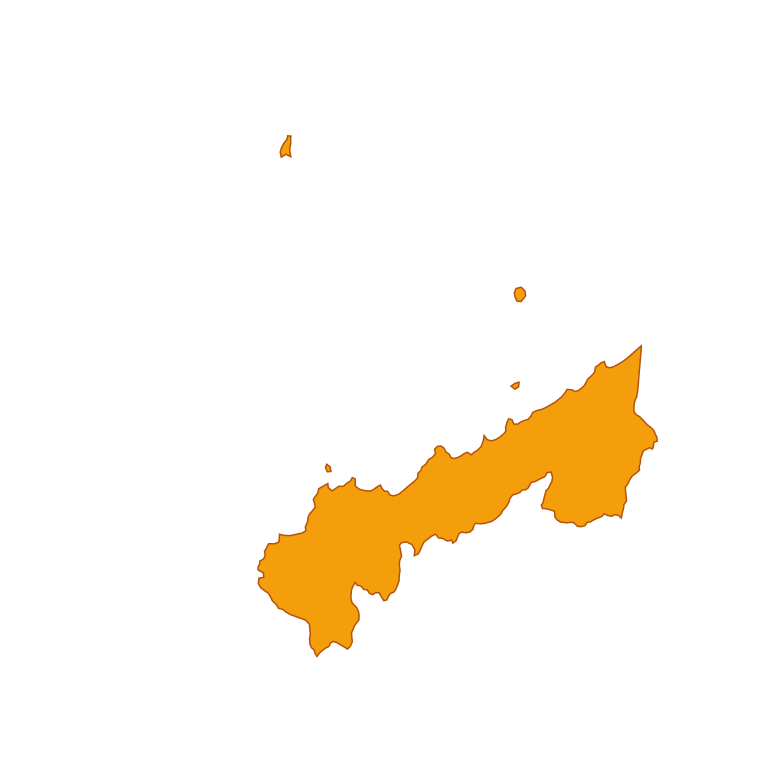 outline of São Sebastião, São Paulo, Brazil, rotated 141°
{"feature_id": "56859067B23083476078410", "entity_name": "São Sebastião", "entity_type": "district", "adm_level": 2, "iso_a3": "BRA", "parent_name": "Brazil", "parent_adm1": "São Paulo", "projection": "orthographic", "projection_center": [-45.612, -23.878], "detail": "fine", "context": "isolated", "style": "filled", "palette": "amber", "viewbox_px": 768, "rotation_deg": 141, "n_neighbors": 0, "source": "geoboundaries", "source_scale": "gbopen_adm2", "svg_char_len": 4699}
<svg xmlns="http://www.w3.org/2000/svg" viewBox="0 0 768 768"><g transform="rotate(141 384 384)"><path d="M160.0,251.8L169.2,251.4L173.1,251.2L179.5,251.0L184.8,251.3L189.3,251.9L194.6,252.9L198.6,254.7L200.5,257.8L198.7,262.9L202.4,263.9L205.8,263.7L209.0,264.1L212.9,260.6L218.1,259.8L222.2,259.6L224.9,258.6L229.3,256.7L232.6,256.5L236.7,256.6L240.2,257.8L241.5,261.0L245.1,264.6L248.8,263.3L253.6,262.2L258.7,262.2L262.6,262.2L266.5,262.8L270.3,263.4L273.9,264.1L277.1,264.9L282.1,267.3L286.5,268.3L290.4,266.4L294.3,265.9L297.2,267.1L301.2,268.3L305.3,268.7L308.4,271.1L307.0,275.6L308.9,278.5L312.4,276.9L316.8,273.8L319.0,270.7L322.7,269.9L327.2,269.9L332.1,270.4L336.4,272.3L338.8,275.7L338.7,280.9L340.9,278.8L343.7,276.7L348.0,274.2L353.1,273.7L356.7,274.3L360.6,273.9L362.2,278.4L365.7,279.5L369.5,279.7L373.2,280.5L376.7,282.2L378.3,284.8L377.5,288.2L378.6,292.2L377.8,296.5L378.6,299.8L381.8,301.9L385.9,301.4L387.5,297.7L392.3,296.5L396.8,297.2L402.0,295.4L406.8,295.5L410.0,293.5L413.8,293.3L416.5,290.1L420.5,289.3L424.2,289.3L428.3,289.3L431.9,289.2L437.2,289.0L441.5,289.1L444.7,290.0L447.3,291.3L449.2,294.0L448.7,298.3L451.1,300.5L451.3,303.8L450.4,307.8L454.5,308.5L457.7,308.5L461.5,309.1L466.1,313.2L469.4,317.9L470.5,322.9L468.6,325.2L466.1,328.3L467.5,331.2L471.4,329.7L475.4,330.3L480.0,330.0L483.3,332.9L487.8,333.3L491.6,333.6L492.5,338.5L490.3,342.0L494.7,342.7L500.7,343.7L504.3,340.8L507.7,340.0L511.6,338.8L512.7,335.7L514.8,331.6L520.1,330.4L524.1,329.7L527.1,328.0L529.9,325.2L534.9,322.6L537.1,319.2L541.4,319.7L545.5,321.8L549.3,323.7L552.9,325.6L557.1,329.4L559.8,333.0L562.7,329.7L565.5,327.3L569.9,328.9L574.2,332.5L578.8,330.4L582.2,329.1L584.3,325.4L588.0,323.8L591.8,324.6L594.2,322.2L597.0,321.1L598.9,318.7L596.6,313.1L599.1,309.4L603.5,311.8L607.3,307.9L608.0,303.1L606.7,297.9L605.5,293.9L606.2,290.2L607.2,285.5L606.5,280.5L607.1,276.0L604.5,272.6L603.6,268.3L601.8,263.6L599.1,259.1L596.2,254.4L593.5,249.7L593.2,244.2L595.8,240.4L598.7,235.9L602.2,232.8L605.2,228.5L606.3,224.5L605.7,221.2L607.1,218.2L607.5,214.4L604.3,215.4L600.7,215.7L596.2,215.6L591.9,214.7L588.7,216.4L585.5,215.9L583.5,212.8L581.9,208.6L580.3,204.3L579.2,201.0L575.0,201.4L570.7,203.8L568.5,207.3L566.1,210.8L562.5,212.8L558.7,214.8L551.9,216.5L548.6,220.3L546.7,224.1L546.0,227.5L546.3,231.0L546.4,234.4L544.2,238.9L538.7,244.6L535.5,246.3L531.4,248.0L531.6,244.4L529.2,242.0L528.9,237.0L526.7,234.8L527.0,230.1L525.3,227.4L522.2,227.2L519.1,224.9L519.9,220.8L520.5,215.7L517.6,214.4L514.4,216.1L510.9,217.2L507.7,216.1L504.3,216.9L499.7,219.4L495.9,221.8L493.8,224.4L491.5,226.7L488.7,229.2L486.2,233.5L482.7,237.1L479.0,238.9L477.1,242.0L475.6,244.7L473.6,248.9L470.4,249.7L465.8,247.0L463.3,241.5L464.4,235.6L468.5,231.6L464.4,230.4L460.8,231.9L457.1,233.9L452.1,236.1L447.0,235.9L443.4,235.9L438.4,234.9L438.4,229.9L435.7,227.2L433.5,222.1L429.6,220.0L430.7,217.0L426.7,216.8L419.8,220.6L416.9,220.0L413.9,216.8L410.3,214.9L406.2,215.2L403.5,217.3L400.7,218.3L397.1,214.7L393.1,212.1L386.7,209.4L382.4,209.0L378.9,209.2L375.5,209.2L371.5,210.9L365.8,211.8L361.4,213.5L358.4,215.8L353.7,216.8L350.5,215.4L346.6,214.2L343.3,214.7L340.5,212.7L337.1,212.5L331.6,214.9L327.6,213.0L322.0,212.0L317.1,210.7L313.1,212.5L309.6,210.4L311.6,205.6L315.0,202.5L318.2,201.3L321.8,199.4L325.2,199.2L328.4,196.8L331.6,194.5L334.9,191.8L338.1,190.8L339.2,187.5L336.5,185.1L333.9,181.5L331.6,177.7L334.9,173.1L335.0,169.6L333.8,165.6L331.6,163.5L329.3,161.0L326.2,159.2L323.7,156.8L323.2,151.7L320.7,149.1L316.9,147.4L313.4,148.6L310.6,147.0L307.0,146.5L303.9,145.8L298.1,144.0L294.5,144.6L292.9,140.9L289.9,137.7L286.9,137.4L284.5,134.3L283.9,130.5L279.3,134.4L276.3,136.4L273.4,139.3L269.1,140.4L266.6,144.3L264.4,147.7L261.6,151.8L257.4,152.9L252.8,155.2L248.9,156.3L244.0,156.1L239.7,156.2L237.7,159.2L234.6,161.2L231.4,164.8L227.8,166.8L224.3,169.0L221.1,168.1L217.9,167.5L216.3,164.5L213.4,166.4L210.9,168.9L207.7,167.6L205.3,171.1L204.8,174.4L203.6,177.6L203.9,181.6L205.1,187.1L205.4,192.6L205.9,197.8L207.3,201.1L207.3,204.9L204.6,208.4L202.3,211.0L198.8,213.5L195.5,215.2L190.8,219.5L187.2,223.1L182.1,228.5L179.3,231.5L175.0,235.9L167.8,243.4L162.6,248.8L160.0,251.8ZM305.8,635.0L310.2,634.2L314.8,632.2L318.7,629.6L321.1,624.9L315.6,624.1L313.4,619.3L311.5,622.8L309.3,626.1L306.9,628.1L304.6,630.1L302.5,633.2L300.3,635.2L302.6,637.5L305.8,635.0ZM225.5,372.8L227.5,368.8L228.5,364.7L225.7,361.9L221.5,362.6L218.4,363.5L215.9,367.5L216.5,372.9L221.3,375.1L225.5,372.8ZM285.5,297.5L281.2,297.1L277.9,300.4L281.8,302.1L286.6,302.4L285.5,297.5ZM482.0,356.1L483.3,351.4L480.3,349.5L478.0,353.2L479.0,357.7L482.0,356.1Z" fill="#f59e0b" stroke="#b45309" stroke-width="1.5"/></g></svg>